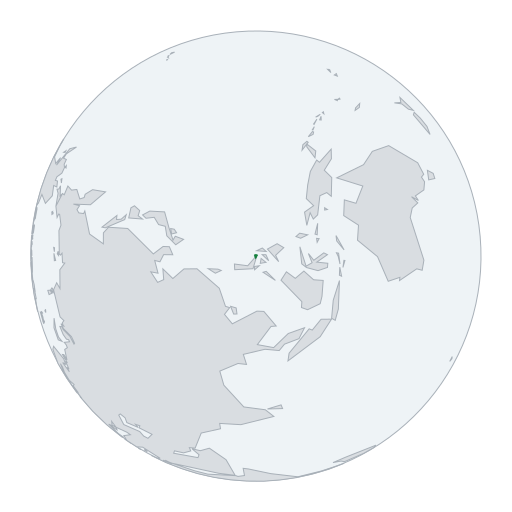 globe centered on Sorsogon, rotated 265°
{"feature_id": "PHL-2541", "entity_name": "Sorsogon", "entity_type": "Province", "adm_level": 1, "iso_a3": "PHL", "parent_name": "Philippines", "parent_adm1": "", "projection": "orthographic", "projection_center": [123.877, 12.827], "detail": "fine", "context": "on_globe", "style": "filled", "palette": "green", "viewbox_px": 512, "rotation_deg": 265, "n_neighbors": 0, "source": "natural_earth", "source_scale": "10m", "svg_char_len": 9907}
<svg xmlns="http://www.w3.org/2000/svg" viewBox="0 0 512 512"><g transform="rotate(265 256 256)"><circle cx="256" cy="256" r="225" fill="#eef3f6" stroke="#a8b0b8"/><path d="M435.7,343.6L435.5,345.1L435.3,345.3L435.7,343.6ZM386.7,72.5L372.4,64.0L365.6,64.5L371.0,69.9L363.9,65.2L379.1,79.9L380.2,86.7L374.3,76.0L370.2,72.8L368.7,75.5L364.1,72.9L360.7,72.9L355.4,69.8L352.3,64.6L348.8,62.7L348.0,64.8L342.1,63.6L343.9,60.6L333.7,58.3L326.8,50.8L336.0,48.1L327.6,43.8L325.5,41.7L341.6,47.6L357.3,54.8L372.3,63.1L386.7,72.5ZM466.2,192.7L464.3,187.8L465.9,189.8L466.2,192.7ZM462.8,185.7L463.5,187.2L462.8,186.1L462.8,185.7ZM462.1,185.5L462.6,185.7L462.2,186.0L462.1,185.5ZM461.3,185.9L461.6,185.4L461.7,185.7L461.3,185.9ZM459.4,184.8L458.9,184.4L459.0,183.6L459.4,184.8ZM385.5,72.1L383.9,70.7L389.5,74.6L388.7,74.1L385.5,72.1ZM375.8,74.8L376.1,73.4L377.4,75.8L375.8,74.8ZM361.2,73.5L362.6,74.9L360.2,74.4L361.2,73.5ZM349.9,69.4L345.7,68.5L349.5,68.4L349.9,69.4ZM343.0,67.4L332.9,66.1L335.1,68.7L323.1,61.0L335.7,64.3L339.9,63.6L339.9,65.5L343.0,67.4ZM320.4,40.1L325.3,41.7L323.7,41.4L319.0,39.8L319.7,40.5L311.5,38.2L309.3,37.3L311.9,37.8L306.8,36.7L308.8,37.0L320.4,40.1ZM318.1,57.3L315.3,56.4L317.7,56.4L318.1,57.3ZM304.7,36.0L304.1,35.9L297.5,34.6L300.0,35.1L304.7,36.0ZM323.8,42.0L321.8,41.9L314.6,39.9L312.9,39.6L311.1,38.2L323.8,42.0ZM295.9,34.3L294.2,34.0L293.4,33.8L295.9,34.3ZM306.6,36.5L305.7,36.4L304.1,36.0L306.6,36.5ZM292.9,33.8L293.9,34.0L294.2,34.0L290.9,33.5L292.9,33.8ZM306.2,37.1L303.6,36.4L306.5,37.5L301.3,36.5L301.1,35.8L299.0,35.6L297.3,35.3L299.0,35.2L306.2,37.1ZM287.2,32.9L290.9,33.4L288.6,33.4L286.5,32.8L280.9,32.1L287.2,32.9ZM294.6,34.4L290.9,33.7L292.8,33.9L296.5,34.5L294.6,34.4ZM297.8,36.1L305.9,37.9L305.7,38.0L297.8,36.1ZM286.2,33.0L286.7,33.2L285.4,33.0L286.2,33.0ZM293.8,35.0L296.7,35.5L296.3,35.6L293.8,35.0ZM285.4,33.4L284.7,33.1L287.2,33.3L285.4,33.4ZM288.9,34.1L287.7,34.1L288.5,33.6L290.3,34.2L288.9,34.1ZM293.0,35.0L293.7,35.3L291.8,34.8L293.0,35.0ZM276.3,32.8L276.6,32.1L282.2,32.6L281.1,33.1L276.3,32.8ZM66.4,134.3L63.4,139.6L62.8,142.9L75.4,126.5L76.3,120.5L83.6,111.2L88.6,108.7L88.9,115.3L91.7,112.0L97.6,101.7L103.8,97.8L100.3,97.9L97.2,101.9L94.9,102.4L97.7,98.9L99.7,97.4L101.4,94.6L91.1,103.4L86.8,108.4L87.4,106.6L100.9,92.6L115.6,79.8L131.3,68.4L129.0,70.2L130.5,69.4L137.4,65.2L135.2,67.1L142.5,62.7L143.8,63.6L148.5,59.1L156.7,55.1L162.2,53.6L165.8,51.8L156.9,54.4L152.5,56.3L147.5,59.1L136.5,65.1L136.4,65.1L151.0,56.7L166.1,49.4L180.8,45.5L183.7,46.5L170.3,55.5L164.7,56.9L166.7,54.1L156.9,60.0L161.5,57.9L159.6,59.8L167.0,57.4L166.0,58.8L174.8,54.6L174.5,56.0L168.9,58.6L179.6,57.3L181.1,60.1L184.0,59.2L186.7,57.5L186.8,62.8L189.0,62.0L189.7,59.9L194.5,57.1L202.9,54.5L202.5,56.4L199.4,57.6L192.3,63.5L184.1,67.0L184.8,67.7L191.8,65.1L200.5,57.8L205.6,55.8L202.3,59.0L203.9,57.7L206.4,57.3L208.4,59.0L212.4,55.5L240.0,51.4L246.7,55.1L240.6,57.9L259.4,59.4L265.6,64.9L266.2,62.7L275.7,63.0L273.9,61.2L275.0,60.2L298.5,61.9L303.7,64.4L314.6,64.0L315.0,63.1L311.7,61.2L323.1,61.0L335.1,68.7L333.7,70.3L342.1,74.7L337.7,78.0L337.9,83.3L328.2,85.4L329.2,89.9L332.4,91.2L336.3,99.0L333.0,111.7L321.5,95.5L323.6,78.6L321.5,84.6L317.8,81.7L314.4,83.2L313.3,88.0L315.8,89.4L292.4,92.1L281.4,105.0L292.4,106.0L297.5,111.6L294.6,130.6L267.0,153.9L273.6,164.3L272.8,170.5L264.5,173.2L265.4,164.1L258.6,159.8L260.4,154.7L247.4,156.9L249.4,149.8L238.3,155.7L240.5,162.0L251.3,162.1L240.8,171.2L249.4,183.1L248.4,196.1L227.1,216.6L208.5,221.2L206.9,225.3L200.6,219.5L190.5,226.5L201.0,252.1L200.1,259.0L184.5,270.0L184.5,264.8L167.6,249.6L163.2,265.6L176.0,281.4L180.3,298.1L169.9,291.6L165.7,276.7L159.8,270.9L162.3,256.8L159.1,234.8L148.8,237.1L150.5,228.7L144.5,209.9L130.1,212.7L106.7,230.7L102.0,251.9L94.6,259.8L89.3,226.2L92.4,205.2L87.0,205.6L84.4,186.0L69.9,178.6L70.9,172.9L67.5,174.0L66.2,166.7L69.0,157.8L66.7,156.8L60.2,180.6L63.0,181.9L69.5,175.5L66.9,183.6L68.6,192.8L55.7,208.4L39.3,216.1L42.8,199.9L57.2,153.3L59.7,149.1L60.0,148.6L60.5,147.7L56.4,154.1L60.7,145.6L47.4,176.1L42.9,188.9L38.9,216.9L38.0,218.8L38.3,225.4L45.6,224.7L44.5,229.9L37.9,251.8L32.4,278.5L36.2,302.7L40.8,322.1L41.8,325.8L37.2,309.8L33.9,293.5L31.7,277.0L30.8,260.5L31.0,243.8L32.6,227.3L35.3,210.9L39.2,194.7L44.3,178.9L50.6,163.5L57.9,148.6L66.4,134.3ZM85.1,109.2L80.3,115.0L80.0,115.4L85.1,109.2ZM83.8,132.5L87.4,136.9L95.0,124.6L97.0,125.5L98.8,121.3L95.5,123.7L101.3,112.8L106.2,111.5L110.5,107.0L109.5,105.4L99.6,109.6L91.2,124.9L86.4,128.4L83.8,132.5ZM268.9,31.1L269.3,31.1L265.1,30.9L269.8,31.2L262.9,31.0L264.0,31.2L258.3,31.5L249.4,31.6L251.3,31.8L247.0,32.5L239.5,32.9L243.5,32.2L232.3,33.4L233.4,32.7L232.0,32.9L229.9,32.7L225.0,33.1L226.5,32.8L224.0,33.1L222.5,33.2L219.5,33.7L236.0,31.6L252.4,30.7L268.9,31.1ZM274.4,32.8L263.6,32.2L258.9,31.8L270.8,31.5L270.8,31.3L278.3,31.8L285.0,32.7L282.2,32.4L281.1,32.3L279.5,32.1L280.0,32.3L276.2,32.0L275.5,32.2L272.2,31.9L274.4,32.8ZM206.8,38.8L209.8,37.9L210.8,37.9L218.9,36.3L218.8,37.1L213.8,38.4L206.8,38.8ZM73.0,128.4L70.5,130.7L71.8,128.5L72.4,128.1L73.0,128.4ZM75.0,121.9L73.1,124.5L74.2,122.9L75.0,121.9ZM208.0,39.4L211.3,38.6L209.2,39.6L208.0,39.4ZM219.1,37.7L217.3,38.7L219.7,37.1L219.1,37.7ZM134.1,439.8L138.7,442.7L136.6,442.2L134.1,439.8ZM47.7,327.5L57.1,359.0L55.0,356.8L50.0,346.0L43.4,326.2L44.3,322.9L43.5,314.7L47.7,327.5ZM237.0,341.6L244.0,343.2L243.8,344.2L237.0,341.6ZM229.6,337.4L237.6,338.5L228.4,339.5L229.6,337.4ZM240.7,339.0L248.7,337.8L252.2,336.4L251.6,338.5L240.7,339.0ZM224.3,337.0L196.0,333.4L185.0,329.3L187.4,325.9L205.2,329.1L224.3,337.0ZM186.5,325.7L170.0,312.9L148.7,278.7L156.3,280.5L178.8,302.6L177.3,305.6L187.3,315.3L186.5,325.7ZM227.3,311.3L225.8,320.8L210.0,318.2L202.9,315.8L198.0,302.7L200.7,296.8L206.5,297.7L229.7,278.8L237.6,284.9L230.3,293.2L236.8,302.4L227.3,311.3ZM102.6,254.1L105.5,268.0L101.7,269.2L102.6,254.1ZM239.8,264.8L230.0,273.2L239.2,261.6L239.8,264.8ZM245.7,253.6L246.0,258.4L242.4,253.4L245.7,253.6ZM206.0,231.7L199.9,232.0L200.1,228.7L208.1,226.3L206.0,231.7ZM247.5,207.3L246.2,217.0L244.6,220.1L242.4,214.0L247.5,207.3ZM211.7,49.4L200.6,50.2L192.5,52.2L187.9,55.3L189.7,51.7L202.1,48.5L211.7,49.4ZM236.5,50.7L240.5,48.7L242.0,49.9L241.3,50.5L236.5,50.7ZM236.7,49.3L235.6,46.5L239.9,45.6L239.9,48.0L236.7,49.3ZM221.3,41.7L218.0,41.7L219.8,40.9L221.3,41.7ZM382.9,425.1L385.4,426.1L379.0,431.7L370.2,437.6L361.9,440.0L382.9,425.1ZM317.6,440.9L316.8,434.7L326.4,434.2L322.9,439.7L317.6,440.9ZM389.0,420.6L394.8,414.5L396.5,407.2L396.3,413.7L401.4,413.2L387.4,425.4L389.0,420.6ZM280.9,413.0L237.2,422.9L227.3,420.3L229.2,415.0L219.0,396.8L222.2,397.5L219.3,385.5L244.8,377.0L262.9,358.5L277.8,360.8L288.6,346.9L304.2,348.9L299.8,360.2L316.4,368.5L326.8,343.2L337.6,371.1L350.1,381.0L354.4,397.8L334.8,425.2L322.8,430.2L320.2,427.7L315.3,430.4L307.2,429.0L302.0,420.0L297.2,422.6L301.5,416.1L294.8,421.8L290.2,415.8L280.9,413.0ZM392.4,367.4L394.9,368.1L398.9,372.6L395.0,371.9L392.4,367.4ZM429.5,349.8L430.7,351.9L428.1,352.7L429.5,349.8ZM435.3,345.3L432.2,346.6L435.7,343.6L435.3,345.3ZM404.7,351.1L406.0,352.8L405.0,353.4L404.7,351.1ZM403.7,350.6L405.1,347.8L405.0,350.6L403.7,350.6ZM391.7,336.0L393.1,334.6L393.8,335.7L391.7,336.0ZM254.4,344.3L264.0,337.7L269.4,337.5L254.4,344.3ZM389.5,333.0L385.8,332.8L386.1,331.3L389.5,333.0ZM389.7,329.6L389.2,327.5L391.6,332.4L389.7,329.6ZM382.5,324.9L387.1,328.6L382.0,325.3L382.5,324.9ZM379.8,325.4L376.6,323.7L376.8,323.1L379.8,325.4ZM343.8,327.4L355.9,340.2L346.3,339.6L335.5,331.5L327.5,338.3L308.9,336.2L313.0,332.0L310.5,324.9L291.6,321.0L287.8,316.3L294.4,313.7L282.1,309.3L295.5,308.2L301.1,317.8L308.8,311.1L322.3,313.7L335.5,317.5L346.3,324.8L343.8,327.4ZM295.8,328.4L298.1,328.6L296.1,331.2L295.8,328.4ZM370.3,318.5L375.1,323.1L374.5,324.2L372.2,323.5L370.3,318.5ZM348.7,323.3L360.3,316.1L363.1,316.4L355.4,324.7L348.7,323.3ZM357.4,311.1L362.8,312.4L365.8,316.7L364.7,317.9L357.4,311.1ZM268.3,317.9L267.8,320.4L264.3,318.1L268.3,317.9ZM272.7,316.7L283.2,320.3L271.8,318.8L272.7,316.7ZM241.5,305.0L244.4,311.3L253.9,308.4L246.7,313.2L253.2,323.8L251.1,327.3L244.6,316.0L242.5,326.9L238.4,326.2L236.0,316.5L240.1,305.3L244.2,300.9L261.4,300.5L241.5,305.0ZM272.6,309.3L269.8,302.0L271.9,297.5L274.9,301.5L272.6,309.3ZM261.9,284.4L255.0,275.6L248.4,278.1L261.9,268.0L266.4,278.1L261.9,284.4ZM256.4,266.0L250.2,268.2L256.8,262.3L256.4,266.0ZM248.8,265.4L248.3,259.6L253.1,260.9L248.8,265.4ZM259.6,266.6L261.2,257.1L263.4,263.0L259.6,266.6ZM247.0,246.9L256.8,257.1L243.6,251.9L244.2,233.6L249.9,233.8L247.0,246.9ZM286.1,178.9L285.3,173.9L290.8,173.4L289.8,176.9L286.1,178.9ZM307.9,168.8L292.0,171.7L279.1,174.7L282.7,177.3L278.9,185.3L274.2,177.0L283.9,168.9L293.5,168.2L295.8,161.7L303.4,158.0L303.2,149.7L306.8,146.6L310.0,154.1L307.9,168.8ZM302.7,146.2L305.0,132.5L314.9,135.6L316.6,139.3L311.4,144.1L306.4,142.1L302.7,146.2ZM308.4,130.3L303.7,128.4L297.2,108.3L298.2,105.1L308.5,121.0L304.5,120.2L304.4,124.9L308.4,130.3ZM315.7,57.5L315.3,56.5L317.4,57.7L315.7,57.5ZM273.8,59.3L275.5,58.2L278.0,59.3L273.8,59.3ZM281.8,56.0L277.8,55.5L282.2,55.2L281.8,56.0ZM268.9,54.7L276.3,54.9L269.0,56.0L268.9,54.7Z" fill="#d9dde1" stroke="#a8b0b8" stroke-width="1"/><path d="M256.2,254.9L256.3,254.9L256.4,255.0L256.5,255.0L256.7,255.3L256.8,255.3L256.8,255.2L257.0,255.0L257.2,255.3L257.0,255.5L256.9,255.6L257.0,255.8L257.0,256.0L257.0,256.6L256.9,256.6L256.8,256.8L256.8,257.0L256.7,257.1L256.4,257.1L256.2,256.8L256.0,256.7L255.9,256.6L255.9,256.4L255.9,256.2L255.7,256.0L255.8,256.0L255.9,255.9L256.0,255.8L256.3,255.9L256.5,255.8L256.5,255.7L256.3,255.5L256.2,255.5L256.1,255.4L256.0,255.5L255.9,255.7L255.9,255.8L255.7,255.8L255.4,255.9L255.4,255.7L255.3,255.8L255.2,255.8L255.3,255.7L255.2,255.6L255.1,255.8L255.0,255.7L254.9,255.7L254.7,255.5L254.5,255.4L254.8,255.3L255.2,255.1L255.3,255.1L255.5,255.2L255.9,255.1L256.0,255.1L256.2,254.9L256.2,254.9Z" fill="#22c55e" stroke="#15803d" stroke-width="1.5"/></g></svg>